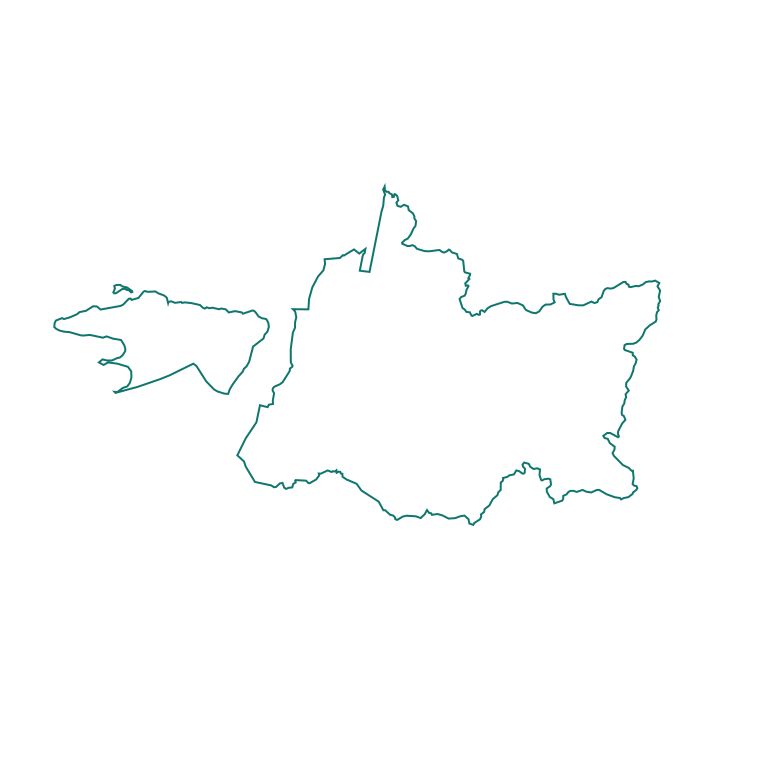 Erakor, Shefa, Vanuatu (Robinson projection), rotated 71°
{"feature_id": "77236927B27814537301823", "entity_name": "Erakor", "entity_type": "district", "adm_level": 2, "iso_a3": "VUT", "parent_name": "Vanuatu", "parent_adm1": "Shefa", "projection": "robinson", "projection_center": [168.36, -17.71], "detail": "fine", "context": "isolated", "style": "outline", "palette": "teal", "viewbox_px": 768, "rotation_deg": 71, "n_neighbors": 0, "source": "geoboundaries", "source_scale": "gbopen_adm2", "svg_char_len": 6145}
<svg xmlns="http://www.w3.org/2000/svg" viewBox="0 0 768 768"><g transform="rotate(71 384 384)"><path d="M197.5,319.1L199.9,321.5L205.3,321.3L207.8,323.4L215.4,326.8L219.8,330.0L273.3,361.2L269.0,370.0L256.4,362.7L254.4,361.2L254.0,359.7L250.2,357.6L252.6,364.9L247.0,368.6L249.5,380.1L248.8,380.9L250.5,384.7L246.7,399.5L251.4,400.7L256.8,404.3L260.9,411.4L269.4,420.4L279.1,427.1L288.8,431.2L283.6,445.8L286.5,444.4L292.4,445.2L296.5,447.9L301.8,449.8L305.9,453.5L320.6,460.8L333.3,465.1L337.1,464.5L338.1,465.5L338.7,467.9L341.1,469.0L349.3,479.3L350.4,482.7L350.8,488.3L351.6,490.0L352.8,491.1L354.4,491.4L356.9,490.9L363.4,494.5L366.7,495.4L366.1,499.7L368.0,501.6L363.7,508.2L378.7,517.1L390.4,532.5L403.7,545.9L411.6,541.6L417.3,541.6L434.6,537.9L443.2,523.6L445.8,521.6L446.2,519.6L444.1,514.8L444.5,512.2L449.4,512.1L451.3,510.8L451.1,507.9L451.9,504.4L448.9,502.3L448.3,499.5L446.4,499.4L446.1,498.8L450.0,489.2L452.9,487.8L453.6,486.7L452.2,479.2L449.4,475.1L447.4,474.8L448.2,473.0L447.4,465.4L450.2,462.1L449.8,460.7L450.8,459.0L450.1,457.1L452.5,457.6L452.1,455.4L452.8,454.0L454.5,454.0L455.3,452.6L458.2,453.4L462.1,450.5L469.4,442.4L477.4,440.0L493.5,427.3L503.2,425.7L503.7,424.0L509.6,420.8L511.4,418.1L513.9,417.0L515.5,417.3L516.8,415.9L515.5,409.5L515.8,405.8L519.5,396.9L522.7,393.0L520.4,387.9L517.2,384.4L520.6,383.3L521.7,381.4L523.3,381.3L524.4,375.6L527.4,371.4L532.3,366.7L534.0,360.4L533.9,354.7L534.6,350.8L539.3,348.1L543.7,348.7L546.3,345.5L544.8,343.9L543.2,337.2L540.9,335.2L538.9,334.8L537.6,331.0L535.0,329.5L533.2,324.0L528.2,318.5L526.1,313.0L523.6,311.2L522.2,308.2L515.1,305.6L514.4,303.5L513.2,302.4L511.6,302.1L512.0,297.9L511.2,295.0L511.8,290.6L508.8,287.0L510.3,284.7L513.7,282.3L514.2,280.8L513.6,279.8L510.0,278.3L507.1,279.5L505.2,279.2L503.9,277.0L506.6,273.1L509.9,272.7L513.1,270.2L513.5,266.7L515.6,264.3L520.6,266.6L525.8,266.7L526.7,265.9L526.2,263.6L527.1,259.2L528.3,257.8L533.4,258.8L534.7,260.2L535.8,264.2L538.8,265.1L544.8,264.0L548.0,261.4L552.3,261.8L552.3,253.5L551.0,252.0L548.1,250.9L547.8,247.2L546.4,245.3L545.7,242.7L546.8,239.5L548.8,236.9L548.8,230.8L551.8,227.6L554.0,223.5L553.5,217.3L554.1,215.1L560.9,209.2L566.3,202.5L568.6,198.0L570.3,197.4L569.9,194.6L570.5,189.7L568.9,184.8L567.7,183.9L566.2,179.8L565.0,178.4L562.8,178.5L561.4,180.7L559.5,181.5L554.5,178.6L547.0,176.9L546.7,178.1L543.0,179.9L538.4,184.5L526.9,190.0L523.8,190.4L521.0,187.4L518.4,186.3L513.4,189.7L508.7,190.3L506.9,193.0L504.4,193.5L503.0,189.0L503.9,186.1L510.5,180.1L510.1,179.0L507.2,179.0L504.7,177.8L498.8,171.6L496.5,167.4L492.5,167.6L490.7,169.0L488.5,168.7L482.9,165.9L480.6,163.1L477.7,161.7L475.3,159.3L472.3,158.9L469.9,154.7L465.2,155.9L461.8,154.6L458.6,149.4L456.7,147.5L452.8,144.2L448.6,141.9L446.7,139.6L443.2,137.2L439.6,138.0L437.9,139.4L435.4,138.7L430.3,145.2L428.9,145.6L425.5,143.8L425.2,141.4L427.1,135.2L427.0,132.1L425.6,128.4L422.6,123.8L417.5,119.2L415.0,113.5L413.5,106.8L411.8,105.4L407.9,104.3L405.0,102.5L403.7,100.2L400.9,100.3L399.2,98.8L397.9,98.7L395.5,95.9L391.1,95.9L385.6,92.5L380.7,93.6L378.1,90.8L374.5,94.0L374.3,97.5L373.3,99.8L372.9,103.4L374.1,106.5L374.5,111.3L373.3,113.8L372.6,119.7L371.6,120.8L369.8,120.4L368.0,122.2L366.1,122.4L365.5,124.4L368.0,135.9L367.6,138.6L366.1,141.5L366.2,143.7L367.4,145.8L372.8,150.1L373.7,153.5L376.1,155.7L375.9,158.8L373.6,161.0L374.5,169.9L373.0,174.3L368.7,182.3L360.8,183.7L357.6,183.6L356.6,189.4L354.7,191.9L353.8,194.5L359.3,196.2L362.4,196.1L363.0,200.7L361.5,205.5L362.6,209.0L365.9,213.6L366.5,217.4L364.5,221.1L361.0,224.9L359.7,225.9L355.0,227.0L350.9,231.3L349.5,237.0L346.5,240.5L345.5,243.3L345.2,257.4L346.1,261.4L348.6,265.5L346.2,267.2L346.1,268.5L346.6,269.6L349.5,270.6L349.5,272.0L347.9,273.3L348.4,278.3L347.8,279.0L344.2,279.5L342.5,282.8L340.3,283.2L337.7,285.0L328.3,284.9L327.0,283.0L326.7,279.0L325.4,277.5L321.8,275.3L318.9,272.2L318.0,272.7L317.7,274.7L315.3,274.4L312.5,269.1L311.4,269.8L309.0,267.2L307.8,266.7L304.7,271.2L303.6,271.4L293.2,269.0L291.7,269.9L289.5,272.9L284.8,272.7L281.7,276.9L278.6,278.2L278.0,279.1L278.9,280.8L279.3,284.0L278.5,285.7L275.3,288.0L273.3,297.9L271.6,302.3L267.0,308.7L263.6,310.2L262.0,311.9L261.9,315.0L261.1,317.0L257.3,321.1L256.3,320.9L254.7,317.6L254.2,314.1L251.2,309.8L246.7,305.6L244.7,302.7L240.4,300.6L237.1,301.4L235.6,300.7L232.1,301.1L227.7,304.0L223.9,303.5L221.1,306.7L221.9,310.6L219.8,313.3L216.5,313.2L215.0,310.7L210.4,310.3L207.9,311.9L208.1,312.6L210.2,313.7L210.0,315.3L207.3,314.8L205.3,316.9L203.8,317.1L203.1,319.0L201.1,320.0L197.5,319.1ZM305.0,640.7L306.5,617.7L306.5,594.1L306.0,583.8L302.7,557.7L305.8,555.5L323.7,551.2L333.8,546.5L336.8,543.9L341.2,538.0L342.6,534.5L338.8,531.6L335.2,527.3L329.4,519.1L326.5,513.8L323.9,511.3L322.6,508.2L319.1,504.3L306.0,495.6L301.7,483.1L298.4,480.7L296.7,477.3L292.6,474.3L288.8,473.5L285.8,473.8L284.1,474.4L282.0,478.1L279.3,480.6L274.3,482.1L272.5,483.1L271.7,484.4L271.6,494.5L269.9,495.3L266.6,501.2L265.8,507.5L261.9,509.3L259.6,513.4L259.7,515.5L256.1,521.2L255.4,524.7L253.7,526.8L254.4,528.8L253.1,530.3L249.4,532.3L244.8,539.8L242.0,545.7L241.6,548.5L240.5,549.0L239.2,555.2L236.6,558.2L236.2,561.0L237.3,561.8L231.6,561.3L228.7,563.1L224.7,568.0L222.1,570.0L219.9,577.5L218.2,579.9L218.5,581.5L222.7,588.1L222.3,595.3L220.8,595.7L220.3,597.5L224.0,604.7L224.4,607.7L221.3,627.8L217.2,630.2L215.8,633.8L217.8,642.0L216.9,648.4L218.1,651.7L218.7,658.9L218.4,665.4L216.9,667.0L217.2,673.6L219.2,675.6L222.8,677.2L225.1,676.0L227.8,673.4L230.4,669.4L232.6,664.4L239.1,655.1L240.2,652.8L241.9,646.0L248.7,634.7L248.7,630.8L252.9,625.4L256.8,618.3L263.1,616.9L266.7,617.2L268.7,618.0L271.9,622.1L273.0,625.4L272.6,627.7L273.2,633.4L271.5,638.4L269.1,642.1L270.8,646.5L274.7,642.9L273.8,637.9L277.9,629.6L284.4,620.5L289.8,618.9L295.6,620.7L300.2,623.9L302.7,627.6L302.7,632.0L304.8,638.9L303.7,641.3L305.0,640.7ZM204.4,601.1L203.3,604.7L203.5,607.1L206.3,607.4L209.3,610.1L210.4,609.6L210.9,607.9L209.0,600.4L209.7,597.9L211.3,596.6L212.0,594.9L215.1,593.2L215.0,592.0L214.0,592.0L209.1,595.5L206.5,599.7L204.4,601.1Z" fill="none" stroke="#0f766e" stroke-width="2"/></g></svg>